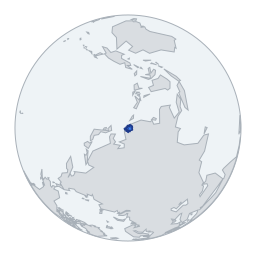 the Earth from above Zhejiang, rotated 203°
{"feature_id": "CHN-1820", "entity_name": "Zhejiang", "entity_type": "Province", "adm_level": 1, "iso_a3": "CHN", "parent_name": "China", "parent_adm1": "", "projection": "orthographic", "projection_center": [120.785, 29.18], "detail": "medium", "context": "on_globe", "style": "filled", "palette": "blue", "viewbox_px": 256, "rotation_deg": 203, "n_neighbors": 0, "source": "natural_earth", "source_scale": "10m", "svg_char_len": 12423}
<svg xmlns="http://www.w3.org/2000/svg" viewBox="0 0 256 256"><g transform="rotate(203 128 128)"><circle cx="128" cy="128" r="113" fill="#eef3f6" stroke="#a8b0b8"/><path d="M221.0,182.2L220.9,182.8L220.8,183.0L221.0,182.2ZM207.3,48.0L206.0,46.8L196.3,39.5L196.5,39.2L194.2,37.8L193.8,38.2L194.1,38.9L185.4,36.9L182.8,41.1L185.7,44.8L182.1,42.4L190.2,51.4L191.2,56.6L187.7,49.3L185.6,47.6L185.1,50.3L182.8,49.2L181.3,49.9L178.6,48.4L176.8,44.6L175.0,43.7L174.8,45.7L171.9,45.7L172.5,42.9L167.6,42.7L163.7,37.1L167.6,31.9L163.1,28.7L161.0,23.5L158.9,23.3L156.8,21.6L153.6,20.7L154.1,20.3L151.1,20.1L151.2,20.6L149.9,20.8L148.1,20.5L148.4,19.7L149.4,19.8L148.5,19.5L149.5,19.3L147.9,19.2L148.6,18.6L145.2,18.7L143.4,17.9L144.5,17.6L148.0,18.2L159.4,20.2L161.7,20.7L161.4,20.4L160.1,20.0L167.6,22.5L174.9,25.6L182.0,29.1L188.8,33.2L195.3,37.7L201.5,42.6L207.3,48.0ZM146.2,16.8L145.6,16.7L144.9,16.8L141.2,16.2L137.8,15.8L146.2,16.8ZM233.9,102.0L233.0,99.9L233.7,100.2L233.9,102.0ZM232.3,99.3L232.6,99.9L232.3,99.6L232.3,99.3ZM232.0,99.6L232.2,99.4L232.0,99.8L232.0,99.6ZM231.7,100.2L231.8,99.7L231.8,99.9L231.7,100.2ZM230.9,100.4L230.6,100.4L230.6,99.8L230.9,100.4ZM194.6,39.5L194.0,38.4L195.2,38.6L196.0,39.5L194.6,39.5ZM191.9,39.7L191.0,38.7L193.7,39.9L193.4,40.1L191.9,39.7ZM188.3,47.9L188.3,46.5L189.1,48.3L188.3,47.9ZM181.5,50.3L182.3,51.1L181.1,51.2L181.5,50.3ZM147.1,17.1L146.0,16.9L146.7,17.0L147.1,17.1ZM147.8,17.4L149.3,17.6L149.8,17.7L148.9,17.6L147.8,17.4ZM176.0,49.1L174.0,49.1L175.7,48.4L176.0,49.1ZM145.8,17.1L150.6,18.0L151.6,18.4L148.8,18.2L145.8,17.1ZM172.6,48.6L167.7,49.0L168.9,50.8L162.7,46.3L168.9,47.3L170.9,46.1L171.0,47.6L172.6,48.6ZM152.1,21.0L151.9,20.4L153.8,21.3L152.1,21.0ZM153.6,21.6L161.4,24.7L160.8,25.7L158.3,24.3L158.9,26.1L154.8,25.0L153.5,23.8L154.8,23.3L152.3,23.3L153.6,21.6ZM160.1,43.9L158.7,43.6L159.8,43.2L160.1,43.9ZM149.6,20.9L151.2,21.4L150.8,22.2L147.5,21.5L148.7,21.4L149.6,20.9ZM161.1,27.2L160.2,27.8L156.6,27.0L155.8,27.2L154.7,25.0L161.1,27.2ZM147.8,21.1L145.8,21.1L144.3,20.5L148.0,20.6L147.8,21.1ZM152.1,22.8L151.7,23.2L150.8,22.7L152.1,22.8ZM137.7,18.5L139.7,18.8L139.7,19.3L137.7,18.5ZM145.1,21.2L145.7,21.5L145.9,21.7L144.3,21.7L145.1,21.2ZM152.2,24.8L150.9,24.4L152.5,25.6L149.9,25.2L149.6,23.9L148.6,24.3L147.8,24.3L148.5,23.3L152.2,24.8ZM143.2,22.4L142.0,20.9L138.4,20.1L138.3,19.7L144.1,21.1L143.2,22.4ZM146.3,23.0L144.4,22.5L145.3,22.1L147.1,22.2L146.3,23.0ZM148.2,25.5L152.3,26.4L152.2,26.7L148.2,25.5ZM142.0,22.3L142.4,22.6L141.7,22.2L142.0,22.3ZM146.1,24.6L147.6,24.8L147.4,25.1L146.1,24.6ZM141.8,23.3L141.4,22.8L142.6,22.8L141.8,23.3ZM143.6,23.9L143.1,24.3L143.3,23.1L144.3,24.0L143.6,23.9ZM145.8,24.8L146.2,25.1L145.2,24.7L145.8,24.8ZM137.4,23.8L137.3,22.3L140.1,22.2L139.7,23.7L137.4,23.8ZM46.1,50.7L44.6,52.5L43.2,54.2L40.3,57.4L32.7,68.8L34.6,67.3L31.4,76.0L31.5,79.9L38.0,73.4L37.8,66.9L41.3,62.1L44.4,64.1L45.2,70.5L46.6,68.9L49.1,62.1L52.4,61.2L50.3,59.7L48.9,62.1L47.6,61.4L48.8,59.2L49.9,58.8L50.6,56.5L45.2,59.3L43.1,62.0L42.9,58.5L39.4,62.8L38.3,63.2L43.7,56.2L45.5,54.6L53.1,46.0L51.1,47.3L43.9,55.6L44.8,54.2L42.1,56.5L44.9,53.6L53.3,44.6L55.1,42.2L54.1,43.0L59.7,38.4L59.4,38.6L61.6,37.0L67.4,33.1L65.2,34.7L66.8,33.7L65.1,35.2L67.2,34.9L66.2,36.3L71.4,34.1L71.6,34.7L68.4,35.8L65.7,37.5L63.7,41.8L64.6,42.1L68.1,40.4L67.1,42.0L70.8,39.9L71.8,42.0L73.7,37.8L77.9,36.2L80.8,36.6L82.5,35.5L77.7,34.9L75.5,35.5L73.0,37.1L67.3,38.5L67.1,37.5L74.4,33.6L74.8,31.9L80.3,30.0L89.9,31.9L91.7,34.1L85.5,40.9L82.6,41.1L83.4,38.6L78.6,42.3L80.9,41.3L80.1,42.8L83.9,42.1L83.5,43.2L87.8,40.9L87.8,42.1L85.0,43.5L90.6,44.0L91.6,46.5L93.1,46.2L94.3,45.1L94.8,49.3L95.8,48.9L96.1,47.3L98.3,45.5L102.5,44.0L102.4,45.6L100.9,46.3L97.6,50.3L93.6,52.3L94.0,52.8L97.5,51.5L101.5,46.5L104.0,45.3L102.5,47.6L103.3,46.6L104.5,46.5L105.7,47.9L107.5,45.4L121.2,43.1L124.8,46.0L121.9,48.1L131.4,49.1L134.8,52.9L135.0,51.3L139.7,51.2L138.7,50.0L139.2,49.3L150.8,49.2L153.5,50.7L158.8,49.5L158.9,48.8L157.2,47.6L162.7,46.3L168.9,50.8L168.3,52.1L172.6,54.3L170.7,57.2L171.0,60.8L166.4,63.2L167.1,66.1L168.7,66.7L170.8,71.3L169.7,79.5L163.5,70.4L163.9,59.0L163.1,63.3L161.2,61.7L159.6,62.9L159.3,66.1L160.5,66.9L149.2,70.0L144.1,78.4L149.6,78.6L152.3,81.7L151.3,93.1L138.2,107.0L141.6,112.6L141.3,115.9L137.2,117.5L137.5,112.6L134.1,110.4L134.9,107.6L128.4,109.0L129.3,105.0L123.8,108.3L125.1,111.8L130.5,111.8L125.4,116.7L129.9,123.1L129.6,129.9L119.1,140.4L109.8,142.5L109.0,144.5L105.8,141.5L100.7,144.7L106.3,157.5L105.8,160.8L98.0,165.6L98.0,163.1L89.3,155.2L87.1,162.6L93.7,170.6L95.9,178.4L90.6,175.0L88.4,168.0L85.4,165.0L86.6,158.4L84.8,147.5L79.5,148.0L80.3,144.0L77.1,134.1L69.7,134.4L57.7,141.2L55.4,151.1L51.6,154.0L48.5,136.7L49.9,126.3L47.0,125.7L45.3,114.6L37.3,107.4L37.7,104.3L35.8,104.1L34.9,99.2L36.1,94.3L34.8,92.9L32.0,106.0L33.5,107.6L37.0,105.5L35.7,109.6L36.9,115.3L30.1,120.6L20.8,118.3L22.5,110.4L28.8,85.0L30.1,83.3L30.2,83.0L30.5,82.5L28.4,85.0L30.3,80.4L24.1,96.6L22.0,102.7L20.6,118.5L20.1,119.1L20.4,123.1L24.7,126.2L24.1,128.5L20.5,136.7L16.9,144.0L18.9,155.5L21.2,163.8L18.9,156.0L17.2,148.1L16.0,140.1L15.4,132.0L15.4,123.9L16.0,115.8L17.2,107.8L18.9,99.8L21.2,92.1L24.1,84.5L27.5,77.1L31.4,70.0L35.9,63.2L40.8,56.7L46.1,50.7ZM43.3,81.8L45.5,85.7L49.1,79.3L50.3,80.4L51.1,77.9L49.4,78.8L52.0,72.5L54.6,72.8L56.7,70.5L56.1,69.1L50.9,69.6L47.0,78.5L44.6,79.6L43.3,81.8ZM77.5,27.8L75.5,29.0L73.9,29.6L75.3,28.5L77.5,27.5L77.5,27.8ZM72.9,30.5L79.8,27.3L79.3,28.1L78.4,28.2L77.4,29.0L75.7,29.4L68.4,33.6L66.6,34.4L70.0,31.5L69.9,31.9L71.9,30.6L72.9,30.5ZM98.4,20.5L101.4,19.8L96.3,22.3L94.1,22.6L95.3,21.4L98.6,20.2L98.4,20.5ZM139.9,16.9L141.4,17.1L140.0,17.2L139.9,16.9ZM138.7,18.6L133.4,16.7L134.8,16.7L130.0,16.0L131.9,15.7L134.9,16.1L132.8,15.6L136.3,15.8L134.4,15.6L141.0,16.5L144.0,16.9L139.9,16.5L138.1,16.7L138.2,16.9L140.9,18.0L146.6,19.3L145.7,20.0L143.6,20.1L142.1,19.9L143.1,19.4L140.4,19.4L140.7,18.7L138.7,18.6ZM119.1,25.0L121.0,23.9L115.5,25.1L115.9,23.8L115.2,24.1L114.0,23.3L111.4,22.8L112.1,22.2L110.8,22.3L110.0,21.9L108.5,21.9L109.1,21.0L107.3,20.9L108.7,20.5L105.3,20.8L108.1,20.2L107.3,19.8L105.0,20.6L112.5,17.0L113.4,16.4L112.7,16.4L117.6,15.8L121.4,15.7L124.0,16.1L122.4,17.0L124.9,16.7L124.9,17.1L122.9,17.2L125.9,17.4L125.4,17.8L127.7,19.0L132.4,19.5L133.3,20.1L131.2,20.1L133.7,20.8L130.3,21.3L131.0,21.8L128.3,23.0L123.9,23.0L124.9,23.6L122.9,24.7L119.1,25.0ZM136.5,24.1L131.1,24.1L128.7,23.4L134.3,21.7L134.2,21.1L137.8,20.3L141.3,21.3L139.9,21.4L139.5,21.8L138.6,21.3L138.9,22.0L137.1,22.2L136.9,22.8L135.2,22.6L136.5,24.1ZM43.8,53.8L43.2,54.7L42.6,55.8L41.0,57.4L43.8,53.8ZM49.5,47.6L49.2,48.0L46.5,50.5L47.2,49.7L49.5,47.6ZM51.3,46.3L49.4,47.8L50.8,46.5L51.3,46.3ZM68.4,36.2L68.4,36.7L67.5,37.2L66.5,37.5L68.4,36.2ZM103.0,29.3L104.5,28.5L105.0,28.7L109.0,27.8L109.1,28.9L106.7,29.8L103.0,29.3ZM36.7,73.6L35.3,73.9L35.9,72.6L36.2,72.7L36.7,73.6ZM37.2,65.1L36.0,68.0L36.8,65.5L37.2,65.1ZM103.8,30.3L105.4,29.8L104.4,30.6L103.8,30.3ZM109.4,29.6L108.6,30.6L109.6,28.9L109.4,29.6ZM25.6,175.0L22.9,167.9L23.7,168.2L23.5,165.5L25.7,171.7L30.0,183.5L29.4,182.5L25.6,175.0ZM124.5,198.5L128.0,199.1L127.9,199.5L124.5,198.5ZM120.8,196.7L124.8,197.1L120.2,197.5L120.8,196.7ZM126.3,197.3L130.4,196.8L132.1,196.2L131.8,197.1L126.3,197.3ZM118.1,196.4L103.8,194.4L98.3,192.3L99.5,190.9L108.5,192.8L118.1,196.4ZM99.1,190.8L90.7,184.5L79.7,168.0L83.6,169.2L95.2,180.4L94.4,181.6L99.5,186.3L99.1,190.8ZM119.7,185.3L118.9,189.5L111.0,188.2L107.4,187.0L104.9,181.0L106.3,178.4L109.2,178.9L120.9,170.5L124.9,173.4L121.2,177.2L124.5,181.3L119.7,185.3ZM55.7,152.3L57.3,159.2L55.3,159.3L55.7,152.3ZM125.9,164.0L121.0,167.9L125.5,162.4L125.9,164.0ZM128.8,158.6L128.9,160.9L127.1,158.5L128.8,158.6ZM108.7,147.7L105.6,147.7L105.6,146.0L109.6,145.0L108.7,147.7ZM129.3,135.6L128.7,140.5L127.9,142.1L126.8,139.0L129.3,135.6ZM106.7,40.4L101.0,40.2L97.0,41.2L94.8,43.3L95.5,40.4L101.7,38.9L106.7,40.4ZM119.4,42.5L121.3,41.0L122.1,41.9L121.8,42.4L119.4,42.5ZM119.4,41.4L118.7,39.1L120.8,38.4L121.0,40.3L119.4,41.4ZM111.0,34.1L109.3,33.9L110.1,33.2L111.0,34.1ZM194.4,218.4L195.5,217.9L192.3,220.4L187.9,223.3L184.0,225.5L194.4,218.4ZM162.8,231.8L162.7,230.2L167.3,229.2L165.4,231.0L162.8,231.8ZM197.4,216.0L200.3,213.4L201.4,211.4L201.1,212.8L203.4,211.3L196.4,217.2L197.4,216.0ZM145.6,225.4L123.6,229.4L118.7,228.5L119.7,226.7L114.9,220.2L116.5,220.5L115.2,216.0L128.1,212.8L137.3,205.2L144.7,205.8L150.2,199.8L157.8,199.9L155.6,204.8L163.7,207.3L169.0,196.3L174.0,206.8L180.0,209.5L181.8,215.1L171.7,225.8L165.7,228.4L164.5,227.9L162.0,229.1L158.1,229.3L155.8,226.8L153.4,227.9L155.7,225.5L152.2,227.7L150.1,226.0L145.6,225.4ZM200.5,199.4L201.6,199.2L203.5,200.2L201.6,200.6L200.5,199.4ZM218.0,186.0L218.5,186.5L217.3,187.4L218.0,186.0ZM220.8,183.0L219.3,184.2L221.0,182.2L220.8,183.0ZM206.5,191.3L207.1,191.8L206.6,192.2L206.5,191.3ZM206.0,191.3L206.7,190.0L206.6,191.1L206.0,191.3ZM200.5,187.2L201.2,186.4L201.5,186.8L200.5,187.2ZM133.2,199.5L138.0,196.5L140.7,196.3L133.2,199.5ZM199.4,186.3L197.7,186.6L197.8,186.0L199.4,186.3ZM199.5,184.8L199.3,184.0L200.4,185.7L199.5,184.8ZM196.1,183.7L198.3,184.7L195.9,184.0L196.1,183.7ZM194.8,184.2L193.3,183.9L193.4,183.6L194.8,184.2ZM177.4,188.5L183.2,192.9L178.6,193.4L173.3,190.8L169.4,194.2L160.3,194.4L162.3,192.4L161.1,189.5L151.7,188.6L149.9,186.6L153.1,185.3L147.0,183.7L153.7,182.8L156.5,186.8L160.3,183.5L166.9,183.9L173.3,184.8L178.6,187.1L177.4,188.5ZM153.8,191.7L155.0,191.6L154.0,192.8L153.8,191.7ZM190.3,182.3L192.6,183.8L192.3,184.3L191.2,184.2L190.3,182.3ZM179.8,186.3L185.4,182.2L186.8,182.1L183.1,186.4L179.8,186.3ZM184.0,180.3L186.7,180.3L188.1,182.0L187.6,182.6L184.0,180.3ZM140.2,187.9L139.9,189.0L138.2,188.1L140.2,187.9ZM142.4,187.3L147.6,188.6L141.9,188.2L142.4,187.3ZM126.8,182.5L128.3,185.3L133.0,183.9L129.4,186.2L132.7,190.7L131.6,192.3L128.4,187.4L127.3,192.1L125.2,191.9L124.0,187.6L126.1,182.6L128.2,180.7L136.7,180.3L126.8,182.5ZM142.3,184.0L141.0,180.8L142.0,178.7L143.5,180.4L142.3,184.0ZM137.0,172.9L133.5,168.9L130.2,170.2L137.0,165.3L139.2,169.9L137.0,172.9ZM134.2,164.4L131.1,165.5L134.3,162.6L134.2,164.4ZM130.4,164.2L130.1,161.5L132.5,162.0L130.4,164.2ZM135.8,164.6L136.5,160.1L137.6,162.9L135.8,164.6ZM129.4,155.4L134.3,160.2L127.7,157.8L127.9,148.9L130.7,148.9L129.4,155.4ZM148.1,120.0L147.6,117.4L150.3,116.9L149.9,118.8L148.1,120.0ZM158.7,113.7L150.9,116.0L144.6,118.0L146.3,119.3L144.6,123.7L142.1,119.4L146.8,114.8L151.6,114.0L152.6,110.4L156.3,108.0L156.0,103.5L157.7,101.6L159.4,105.6L158.7,113.7ZM155.7,101.6L156.5,93.7L161.4,94.9L162.4,96.9L159.9,99.9L157.4,99.1L155.7,101.6ZM158.1,92.2L155.8,91.4L152.0,79.8L152.4,77.8L157.9,86.8L156.0,86.5L156.0,89.3L158.1,92.2ZM158.9,44.4L158.7,43.6L159.8,44.3L158.9,44.4ZM138.5,48.6L139.4,47.8L140.6,48.5L138.5,48.6ZM142.3,45.9L140.3,45.6L142.5,45.2L142.3,45.9ZM135.9,45.4L139.6,45.2L136.0,46.3L135.9,45.4Z" fill="#d9dde1" stroke="#a8b0b8" stroke-width="1"/><path d="M128.8,125.0L128.3,125.3L128.1,125.8L127.9,125.6L127.5,125.6L127.4,125.6L127.3,125.8L127.1,125.8L126.9,126.0L127.3,125.9L127.4,125.7L127.7,125.7L127.9,125.9L127.7,126.1L127.8,126.2L128.0,126.3L127.8,126.1L128.8,125.7L129.6,126.5L130.0,126.6L130.3,126.6L129.5,127.2L129.1,127.3L129.2,127.6L130.0,127.2L130.0,128.0L129.7,128.0L129.7,127.6L129.6,128.0L129.4,127.7L129.1,128.0L129.6,128.3L129.5,128.5L129.4,128.4L129.4,128.5L129.3,128.4L129.2,128.5L129.5,128.7L129.4,128.9L129.0,128.9L128.6,128.7L128.8,129.0L129.3,129.0L129.4,129.8L129.1,129.7L128.9,130.0L128.7,129.6L128.4,129.7L128.6,129.9L128.3,130.3L127.6,130.1L128.1,130.6L127.9,130.9L127.7,130.8L127.8,131.4L127.4,131.9L127.0,131.5L126.2,131.7L125.9,131.0L125.3,131.4L124.7,131.3L124.5,130.3L124.6,129.8L124.5,129.6L124.0,129.7L123.9,128.9L123.2,128.1L123.3,127.8L124.5,126.9L124.8,126.4L124.8,125.7L125.6,125.6L125.4,125.3L125.7,125.1L126.1,124.1L126.5,124.1L126.9,124.5L127.4,124.6L127.5,124.9L127.8,124.5L128.3,124.4L128.3,124.8L128.8,125.0ZM130.6,126.3L130.6,126.5L130.1,126.4L130.0,126.1L130.6,126.3ZM128.8,129.9L128.9,130.1L128.6,130.2L128.8,129.9ZM130.4,125.7L130.4,125.9L130.2,125.8L130.4,125.7ZM130.1,126.9L130.4,127.0L130.1,126.9ZM130.0,128.0L129.9,128.2L130.0,128.0ZM130.8,126.5L130.7,126.7L130.8,126.5ZM130.5,125.4L130.8,125.6L130.5,125.5L130.5,125.4ZM130.5,126.7L130.6,126.8L130.5,126.7L130.5,126.7ZM130.8,125.8L130.6,125.9L130.8,125.8ZM129.7,128.1L129.8,128.2L129.7,128.1L129.7,128.1ZM130.8,124.9L130.9,125.0L130.8,124.9Z" fill="#3b82f6" stroke="#1e3a8a" stroke-width="1.5"/></g></svg>